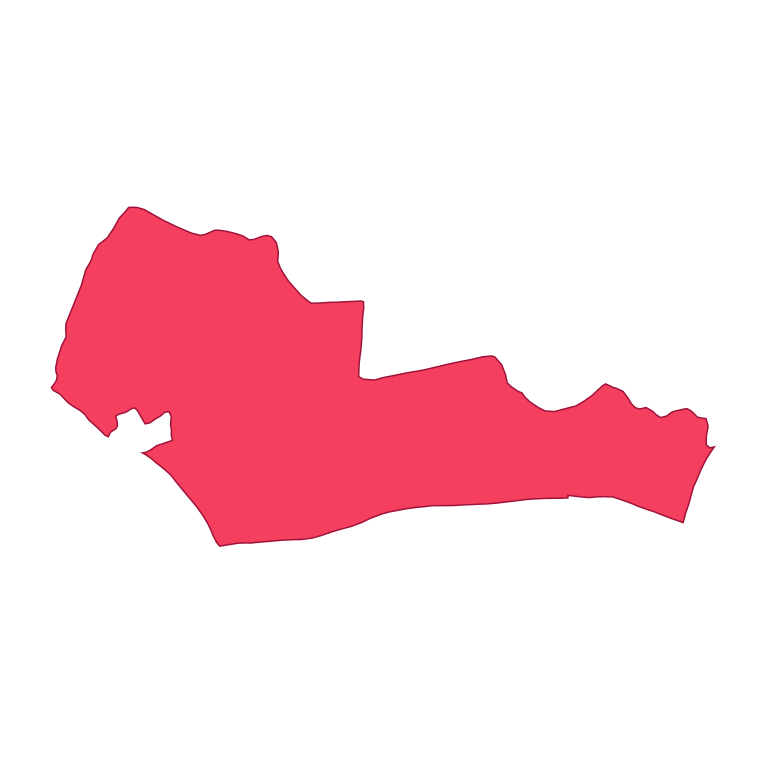 Peam Ro, Prey Vêng, Cambodia (Robinson projection), rotated 272°
{"feature_id": "14789045B10752799877994", "entity_name": "Peam Ro", "entity_type": "district", "adm_level": 2, "iso_a3": "KHM", "parent_name": "Cambodia", "parent_adm1": "Prey Vêng", "projection": "robinson", "projection_center": [105.314, 11.334], "detail": "fine", "context": "isolated", "style": "filled", "palette": "rose", "viewbox_px": 768, "rotation_deg": 272, "n_neighbors": 0, "source": "geoboundaries", "source_scale": "gbopen_adm2", "svg_char_len": 3300}
<svg xmlns="http://www.w3.org/2000/svg" viewBox="0 0 768 768"><g transform="rotate(272 384 384)"><path d="M265.4,461.8L265.8,466.3L266.0,468.2L266.6,476.0L267.2,482.9L267.8,491.6L269.0,501.3L270.5,510.9L271.9,520.0L273.6,530.6L274.6,539.9L275.5,552.6L276.1,565.9L276.6,571.8L279.1,571.7L278.0,585.7L277.7,591.6L277.7,593.6L278.6,600.1L279.1,607.6L279.0,611.5L279.1,614.0L279.3,615.9L277.3,622.9L276.0,627.0L275.4,629.1L273.2,635.8L270.8,641.8L268.1,650.3L265.4,659.4L261.7,669.8L259.7,675.6L258.0,681.3L255.9,687.7L260.5,688.9L265.4,689.9L274.7,692.8L285.1,695.2L292.4,697.0L299.7,700.1L302.7,701.2L309.2,703.7L315.9,706.6L321.0,709.1L327.5,713.0L332.7,716.3L331.5,711.8L334.7,708.1L343.2,708.0L353.1,709.4L360.7,707.0L361.0,702.8L361.9,698.2L366.0,694.1L368.5,690.7L370.0,687.3L368.8,682.3L367.3,676.6L366.1,672.9L361.8,667.5L360.1,661.7L362.6,657.3L366.2,653.3L369.6,646.8L367.9,640.2L369.2,635.8L372.7,632.1L378.4,628.4L385.0,623.1L388.0,615.8L388.3,613.8L389.5,611.0L390.6,608.4L391.8,605.4L390.2,602.9L386.1,598.6L380.0,592.6L373.5,584.0L368.7,576.5L365.9,566.8L362.4,555.3L362.5,551.6L362.7,545.9L365.9,539.0L371.3,530.3L376.3,524.8L379.9,522.2L381.6,517.6L382.8,515.9L386.0,510.8L389.5,507.1L398.1,504.9L407.3,501.0L415.0,493.7L415.8,490.7L414.6,481.6L411.7,470.9L410.1,464.1L409.3,460.4L406.1,447.5L403.1,436.8L399.2,422.3L396.1,407.4L393.1,394.7L390.4,383.0L387.7,374.7L387.8,370.6L388.1,363.0L390.5,358.5L395.4,358.4L401.6,358.4L407.6,358.7L417.6,359.7L428.3,360.2L440.1,360.1L451.5,360.4L459.5,361.1L465.4,360.6L466.1,358.5L465.6,352.1L464.9,343.2L464.1,334.4L463.6,325.6L462.9,319.0L462.4,312.4L462.3,308.3L464.6,304.7L469.6,298.2L476.1,291.9L483.9,284.6L492.3,278.8L496.0,276.5L502.7,273.5L512.4,273.8L521.5,271.5L527.3,266.5L528.4,261.7L527.1,256.5L524.0,249.2L523.3,244.2L526.8,238.3L528.9,231.6L530.9,222.4L531.9,213.9L531.8,209.5L529.3,204.4L528.1,201.8L527.2,199.9L526.2,195.3L528.1,186.3L534.1,170.8L539.8,157.9L545.5,146.9L550.0,138.3L551.8,131.3L551.8,125.1L551.4,122.5L547.5,119.7L540.8,113.8L529.9,108.2L520.5,102.4L513.2,93.8L504.0,88.9L497.0,86.9L487.7,82.0L471.7,78.0L455.7,72.2L439.7,66.4L433.5,64.1L427.7,64.0L420.0,64.7L411.5,60.7L397.6,56.7L389.1,55.4L384.9,55.7L381.0,57.2L377.1,56.6L375.1,55.9L373.0,54.7L369.0,51.7L366.2,53.5L362.5,60.6L354.2,69.0L350.9,74.0L346.8,81.4L343.6,85.6L337.7,90.3L329.9,99.7L323.0,107.1L321.7,110.3L326.3,112.4L330.0,117.7L332.7,119.1L336.9,118.7L342.7,117.0L344.8,120.7L346.6,126.7L350.6,132.7L351.4,135.8L348.8,138.5L343.7,141.7L339.5,144.3L335.8,146.7L337.1,151.6L341.0,156.6L344.0,161.4L348.2,166.1L348.8,170.2L346.5,171.3L344.1,172.5L335.6,172.1L330.8,173.2L325.3,173.2L320.2,174.6L318.6,170.1L314.4,158.9L310.0,153.1L307.3,148.3L306.7,145.0L305.4,147.7L301.7,153.6L297.2,159.2L292.2,166.1L288.7,170.4L284.8,174.8L278.6,179.9L270.2,187.3L262.3,194.4L255.6,200.4L247.8,206.5L239.1,212.3L232.4,215.9L226.5,218.5L219.8,222.3L216.2,225.5L216.9,228.6L218.6,237.5L219.9,244.2L220.3,250.6L220.5,256.7L222.0,268.3L223.3,279.4L224.3,287.0L225.2,297.6L225.7,306.5L227.5,317.7L230.8,327.8L234.5,337.1L237.2,345.3L240.7,356.7L244.9,366.8L249.2,374.8L251.7,380.9L253.9,386.0L256.2,393.2L258.0,401.3L260.0,410.1L261.7,420.0L262.9,429.0L264.1,436.7L264.6,449.2L265.0,458.5L265.4,461.8Z" fill="#f43f5e" stroke="#9f1239" stroke-width="1.5"/></g></svg>